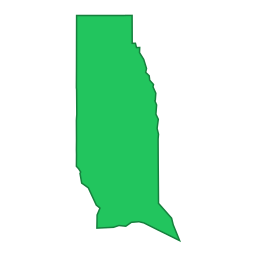 Tangipahoa, Louisiana, United States of America
{"feature_id": "52423323B76219766339167", "entity_name": "Tangipahoa", "entity_type": "district", "adm_level": 2, "iso_a3": "USA", "parent_name": "United States of America", "parent_adm1": "Louisiana", "projection": "orthographic", "projection_center": [-90.393, 30.617], "detail": "fine", "context": "isolated", "style": "filled", "palette": "green", "viewbox_px": 256, "rotation_deg": 0, "n_neighbors": 0, "source": "geoboundaries", "source_scale": "gbopen_adm2", "svg_char_len": 915}
<svg xmlns="http://www.w3.org/2000/svg" viewBox="0 0 256 256"><path d="M81.5,15.5L76.6,15.5L76.5,67.0L76.4,87.8L76.6,89.6L76.8,114.3L76.5,118.4L76.4,120.4L76.5,139.9L76.4,149.5L76.5,154.8L76.4,166.3L78.6,168.7L80.7,172.0L80.0,173.4L81.7,183.1L88.3,187.8L96.3,205.1L100.0,208.1L97.1,215.0L96.9,228.1L113.5,227.3L118.9,225.5L125.8,226.2L131.4,222.3L139.0,221.7L143.9,222.9L158.5,230.2L179.6,240.6L173.2,224.8L171.6,218.2L158.8,203.7L158.4,203.2L158.5,202.6L158.2,161.5L158.1,138.9L158.5,134.3L157.1,128.4L158.3,119.3L155.9,114.2L156.6,105.0L154.8,100.7L155.3,100.2L155.8,93.2L153.0,86.9L153.5,84.5L149.7,80.2L149.2,75.8L145.7,72.4L146.5,68.5L143.7,59.4L139.5,52.6L139.7,47.5L136.5,47.6L135.4,43.3L132.2,43.3L132.1,15.4L126.5,15.4L123.7,15.5L113.2,15.5L112.0,15.5L109.3,15.5L108.2,15.5L104.5,15.5L100.1,15.5L99.6,15.5L99.3,15.5L97.1,15.5L96.9,15.5L81.5,15.5Z" fill="#22c55e" stroke="#15803d" stroke-width="1.5"/></svg>